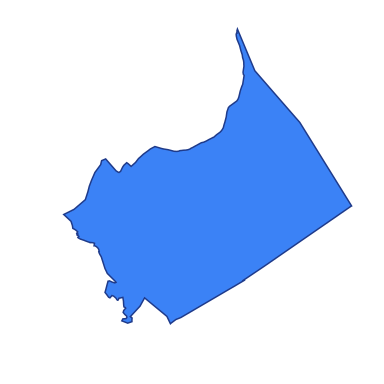 Ismailiyya, Al Isma`iliyah, Egypt (Mercator projection), rotated 234°
{"feature_id": "37247803B77757966140043", "entity_name": "Ismailiyya", "entity_type": "district", "adm_level": 2, "iso_a3": "EGY", "parent_name": "Egypt", "parent_adm1": "Al Isma`iliyah", "projection": "mercator", "projection_center": [32.24, 30.424], "detail": "fine", "context": "isolated", "style": "filled", "palette": "blue", "viewbox_px": 384, "rotation_deg": 234, "n_neighbors": 0, "source": "geoboundaries", "source_scale": "gbopen_adm2", "svg_char_len": 3211}
<svg xmlns="http://www.w3.org/2000/svg" viewBox="0 0 384 384"><g transform="rotate(234 192 192)"><path d="M98.1,97.1L98.2,97.8L98.3,104.1L97.6,106.8L97.0,109.2L90.5,174.9L89.7,183.3L90.3,182.0L90.4,181.9L90.2,186.7L89.5,206.3L87.0,312.4L86.9,312.9L184.9,320.1L224.3,316.6L253.2,314.1L255.7,314.7L297.1,324.5L296.1,323.2L294.1,321.8L294.4,321.5L293.7,320.5L292.1,319.5L289.1,318.2L282.5,316.6L277.5,314.6L273.5,313.3L270.9,311.9L268.2,311.0L266.3,310.0L264.9,309.0L263.3,308.0L258.9,303.7L257.0,302.7L255.7,302.7L255.3,302.3L254.3,301.3L252.3,299.3L251.0,298.0L249.3,296.3L248.0,294.1L247.7,293.7L246.3,291.7L245.0,290.0L243.0,287.7L241.3,285.7L240.0,283.7L239.3,281.7L239.3,279.4L239.3,273.0L238.9,271.1L236.3,267.4L234.6,265.7L232.6,263.8L229.3,259.8L227.6,257.5L225.6,255.1L225.0,253.8L224.6,252.8L224.2,251.5L223.9,249.8L223.9,247.8L223.9,245.5L223.5,241.5L223.8,241.1L223.8,240.8L224.1,238.8L224.5,236.5L224.8,233.8L225.4,230.8L226.4,228.5L227.3,221.5L227.6,218.8L228.0,216.8L228.0,215.5L228.3,214.5L228.6,213.5L229.6,211.5L230.0,210.9L230.9,209.5L232.2,207.1L232.5,206.8L232.9,205.1L233.8,203.5L235.5,201.4L237.5,199.8L240.4,197.4L242.1,195.7L243.4,194.4L245.4,192.7L250.6,188.7L250.6,188.4L251.3,183.7L251.2,180.7L251.2,175.0L250.8,171.7L250.5,168.4L249.1,163.7L248.8,160.7L248.7,159.9L248.5,157.8L252.4,157.0L254.1,156.4L253.7,152.7L253.0,150.7L252.1,149.0L250.7,146.4L250.7,144.4L251.3,144.0L253.7,143.0L269.5,141.6L270.5,137.3L269.9,136.6L267.8,134.2L264.9,125.0L260.4,117.4L257.1,112.4L253.3,107.8L248.5,101.2L247.3,86.4L249.2,75.0L239.4,76.9L235.1,75.5L232.6,74.2L230.8,75.1L229.1,75.7L226.9,76.1L226.4,74.6L226.2,74.7L225.9,74.7L225.5,74.9L225.0,75.0L224.9,74.7L225.5,74.4L225.5,74.2L225.4,74.2L225.2,74.2L225.0,73.9L224.9,73.9L224.9,74.0L224.9,73.9L224.6,73.8L224.5,74.0L224.4,74.2L224.4,73.9L223.7,74.1L222.7,74.4L222.3,73.1L222.2,72.9L221.7,73.1L221.1,73.3L220.8,73.4L220.8,73.5L220.1,73.8L219.5,74.0L218.9,74.5L217.7,75.3L216.5,76.2L215.3,76.9L214.1,77.7L212.9,78.5L211.7,79.4L211.0,79.9L210.8,80.2L210.7,80.1L210.5,80.5L210.4,80.5L209.9,81.2L209.7,81.5L209.4,81.8L208.5,82.5L207.8,83.0L207.7,82.9L207.3,82.4L206.1,81.2L206.0,81.4L205.1,82.0L204.5,82.3L204.1,82.5L203.6,82.6L203.3,82.7L203.2,82.7L202.8,82.8L202.0,82.9L201.6,82.9L201.0,82.9L200.3,82.7L199.6,82.5L199.1,82.2L198.4,81.9L198.5,81.5L197.4,81.1L195.9,80.8L195.0,80.7L192.9,80.5L181.2,76.6L177.8,76.0L175.9,75.6L173.6,76.0L169.9,76.6L165.6,77.3L163.6,77.5L163.6,77.0L164.0,76.0L164.3,75.7L165.0,75.3L165.6,74.7L166.5,74.2L168.6,73.0L168.9,72.3L169.2,71.6L168.9,71.3L167.0,68.9L164.1,65.4L162.9,63.9L161.9,62.6L159.5,62.7L155.9,62.7L154.6,63.4L154.8,64.4L155.2,66.0L155.3,66.4L154.9,66.6L153.9,67.4L151.3,68.0L150.3,68.1L149.3,67.9L148.3,68.1L148.0,68.4L148.3,69.4L148.7,69.9L149.0,70.4L148.8,70.8L147.4,74.1L144.0,72.4L142.0,71.1L140.4,70.1L139.0,69.4L138.4,69.8L137.7,70.1L137.0,70.1L136.7,68.8L136.3,67.1L135.0,65.5L132.3,65.7L130.0,66.2L128.7,65.5L128.4,64.2L128.5,63.9L130.0,61.5L129.0,59.5L123.7,62.9L122.4,67.2L122.6,67.3L124.3,68.6L124.7,69.0L125.4,69.5L126.9,69.0L127.4,68.8L130.2,82.9L130.3,83.0L130.4,83.3L131.3,85.2L132.2,87.1L134.2,91.4L106.1,98.6L98.1,97.1Z" fill="#3b82f6" stroke="#1e3a8a" stroke-width="1.5"/></g></svg>